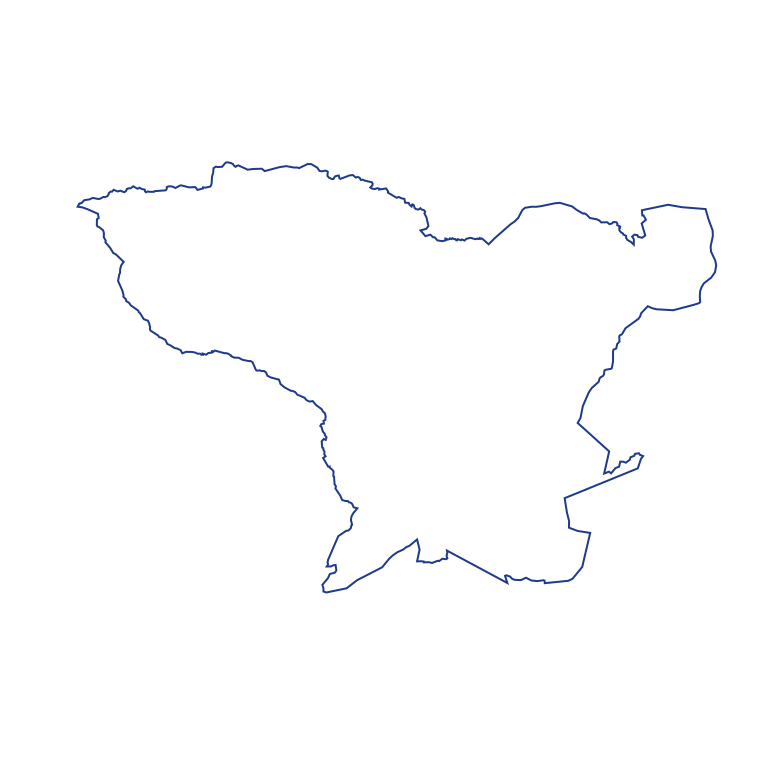 San Gabriel Chilac, Puebla, Mexico, rotated 95°
{"feature_id": "50627088B95870505229303", "entity_name": "San Gabriel Chilac", "entity_type": "district", "adm_level": 2, "iso_a3": "MEX", "parent_name": "Mexico", "parent_adm1": "Puebla", "projection": "natural_earth1", "projection_center": [-97.386, 18.312], "detail": "fine", "context": "isolated", "style": "outline", "palette": "blue", "viewbox_px": 768, "rotation_deg": 95, "n_neighbors": 0, "source": "geoboundaries", "source_scale": "gbopen_adm2", "svg_char_len": 6148}
<svg xmlns="http://www.w3.org/2000/svg" viewBox="0 0 768 768"><g transform="rotate(95 384 384)"><path d="M549.0,170.6L514.4,165.6L513.5,178.3L511.0,187.2L504.3,187.7L496.3,190.5L482.0,194.1L445.9,123.8L436.2,121.5L433.2,119.6L432.2,123.0L430.8,124.0L431.7,127.8L433.8,128.5L435.5,132.1L437.9,132.4L441.3,136.2L440.5,139.1L440.8,141.9L445.9,142.6L447.5,146.0L453.2,150.0L451.7,152.2L454.0,156.9L431.5,153.8L405.9,187.7L400.7,185.3L388.7,184.0L374.3,179.2L369.8,176.6L363.1,170.3L360.3,169.9L358.7,169.1L356.9,166.6L355.3,165.7L351.4,165.6L350.6,164.7L349.1,159.2L348.3,158.4L341.5,157.8L331.5,158.7L329.8,158.4L328.3,155.7L323.9,155.2L321.2,153.1L315.9,153.8L315.1,153.4L313.7,151.3L307.3,148.2L296.8,136.1L294.3,134.7L291.3,134.1L283.5,128.0L285.1,123.5L285.8,119.0L285.3,102.3L278.2,82.5L276.0,77.2L274.9,76.2L268.7,77.1L263.7,77.1L260.2,76.2L255.9,74.2L249.5,67.3L243.7,64.0L236.9,63.4L232.1,64.8L223.5,69.8L218.5,70.6L207.8,69.3L202.4,70.0L191.6,75.1L181.7,78.9L181.9,102.3L180.7,116.6L188.4,142.2L193.6,141.4L193.5,140.1L197.6,137.4L201.6,141.3L213.3,136.7L215.8,139.6L215.3,143.6L213.6,144.5L213.4,147.6L215.6,149.7L218.0,147.7L223.4,147.3L220.9,150.5L219.3,154.0L217.5,155.5L215.3,155.7L214.3,158.6L213.4,158.9L212.1,161.3L210.4,162.9L208.1,163.2L207.9,162.5L206.6,162.4L205.5,165.5L203.9,165.5L202.6,166.5L202.7,169.7L204.2,170.8L205.1,173.4L203.4,175.7L204.1,181.7L202.3,183.8L201.4,186.4L200.7,193.3L197.2,197.5L196.5,199.5L196.9,200.5L193.7,207.4L190.7,212.1L188.2,224.6L189.1,229.6L193.1,242.9L194.2,247.8L194.5,252.2L196.2,258.9L198.7,261.4L206.9,264.8L210.7,268.0L213.9,271.9L229.3,286.6L235.7,291.9L230.7,298.8L230.4,299.9L231.0,300.3L230.4,301.5L231.1,301.7L231.4,303.0L231.0,303.6L231.8,305.7L230.8,310.6L232.2,314.6L234.1,316.3L233.2,319.0L234.1,319.9L233.3,323.1L234.5,323.6L234.6,324.5L233.4,325.4L233.6,326.6L232.8,328.5L233.7,329.4L233.2,331.0L234.0,331.3L234.7,333.6L234.0,334.1L233.8,335.5L235.6,335.2L236.6,338.3L236.3,343.3L233.4,346.3L233.6,347.8L231.2,350.9L233.1,355.6L227.8,361.0L225.7,355.4L222.7,353.5L214.4,356.2L210.5,358.6L208.7,358.0L207.3,359.4L206.9,361.8L205.7,363.1L207.2,364.8L207.0,367.4L206.1,368.7L203.2,370.0L202.6,370.9L202.6,371.5L204.8,372.0L203.2,374.2L201.5,375.2L201.5,378.8L197.8,379.8L197.6,382.3L196.4,385.7L197.4,387.6L193.0,396.8L191.8,396.7L189.0,398.9L190.7,405.7L189.9,405.7L189.5,407.8L190.6,410.1L190.4,412.9L189.4,414.8L187.1,412.8L185.4,412.8L184.1,413.6L183.1,420.9L182.3,422.8L182.7,425.0L180.8,426.1L180.0,428.3L180.8,430.1L178.6,433.2L179.1,436.3L183.4,445.2L183.1,446.2L180.3,447.2L180.4,448.2L181.5,451.0L184.2,452.3L184.3,453.8L183.3,456.7L181.6,458.5L177.5,458.5L176.8,459.6L176.6,461.3L177.5,464.2L177.4,466.8L174.3,469.3L171.3,475.6L171.5,479.2L176.4,487.5L175.9,488.7L176.2,492.4L175.5,500.4L177.0,506.8L182.3,521.4L180.2,524.4L181.2,533.3L182.4,538.4L178.9,548.2L179.7,550.0L180.6,550.7L179.7,552.4L178.1,553.5L177.2,555.9L176.8,559.2L177.0,560.5L178.0,561.6L181.7,564.2L182.4,568.7L182.1,570.4L183.8,572.6L188.5,572.6L192.3,573.4L198.9,573.2L201.3,573.6L202.5,574.4L204.0,579.1L203.9,581.5L205.0,581.5L206.9,586.7L204.3,589.2L205.1,595.4L203.8,603.1L204.1,604.6L206.9,608.8L205.7,612.1L205.8,615.5L206.7,617.5L208.9,617.5L210.1,618.4L211.9,629.4L212.6,629.9L213.0,634.6L212.7,636.0L213.8,637.7L213.0,638.8L211.2,639.3L210.9,642.2L209.8,644.7L211.0,646.4L208.9,651.1L211.2,653.5L211.4,655.9L212.1,657.1L214.1,657.7L215.6,659.4L214.4,663.6L215.4,666.0L214.1,670.2L216.1,671.7L216.1,673.1L218.0,674.9L219.0,674.8L221.1,676.0L222.2,678.4L222.1,679.8L224.3,683.2L224.6,684.9L224.0,690.3L225.8,693.6L227.0,698.6L230.1,701.0L230.6,702.9L231.3,703.0L231.4,703.6L234.1,704.6L234.3,700.1L235.6,694.9L239.4,683.8L243.6,682.7L244.9,684.3L250.9,683.9L252.1,683.1L252.5,681.5L255.4,677.2L258.0,676.2L262.3,675.9L265.4,673.7L267.1,673.9L272.1,668.8L277.2,665.0L278.1,662.6L285.0,654.0L288.6,656.1L292.2,656.8L296.6,656.7L297.9,657.3L304.5,657.9L314.1,652.6L318.2,651.2L319.7,651.3L322.3,648.3L323.9,648.0L325.3,645.1L327.7,643.2L332.3,635.2L333.7,634.6L334.8,633.1L340.4,628.9L341.5,624.7L344.1,623.2L348.3,621.9L349.5,622.1L351.2,621.2L355.3,613.3L356.9,612.0L357.3,609.7L359.2,605.6L363.0,603.4L363.8,600.8L366.5,595.7L366.6,593.6L368.0,589.6L371.0,587.6L369.2,584.0L368.8,577.6L369.2,574.6L370.1,572.2L369.8,570.0L370.7,568.6L370.7,567.1L369.5,567.3L370.3,563.8L368.5,561.7L367.6,557.7L367.1,557.2L366.9,558.3L366.2,558.2L366.3,556.3L365.4,555.5L367.3,545.4L367.0,544.3L367.4,541.9L369.0,538.8L369.6,538.7L370.8,535.3L370.5,531.1L372.2,527.1L373.0,520.5L372.7,519.1L373.7,516.9L381.2,512.8L381.8,511.6L381.2,508.9L381.8,507.2L381.5,504.7L382.8,502.5L385.9,500.9L387.4,497.2L388.8,489.0L393.2,487.0L396.0,482.8L398.9,476.2L398.8,474.7L399.8,471.7L402.2,469.4L404.7,461.8L406.5,460.2L407.4,458.5L408.0,456.4L407.2,453.6L410.8,449.9L414.6,443.8L416.5,442.7L418.3,440.3L421.3,439.3L425.0,439.4L425.8,441.0L428.7,440.5L429.4,442.9L431.4,443.8L432.2,442.6L436.8,440.7L438.6,438.8L440.2,438.3L442.1,436.6L444.8,437.2L444.0,439.2L446.5,441.1L452.7,440.0L453.2,438.9L454.8,438.6L456.5,437.4L459.2,437.4L461.1,435.9L463.0,438.2L471.2,432.4L471.0,430.8L472.1,430.7L474.0,427.9L475.6,426.6L480.1,426.5L480.6,425.7L488.2,424.5L490.0,423.0L492.3,423.3L499.1,417.8L503.2,415.6L503.9,412.1L503.7,409.9L504.8,408.7L505.2,406.7L506.3,405.2L509.5,403.5L510.1,399.7L515.6,403.5L518.7,404.8L522.3,405.1L527.0,403.5L527.7,404.2L530.3,404.4L533.0,406.6L533.7,409.1L539.6,416.3L564.4,424.5L567.3,424.6L568.4,423.9L570.8,425.1L570.4,421.0L569.0,418.7L568.5,416.5L573.8,415.2L576.2,416.4L578.0,421.4L582.3,422.9L589.5,427.9L592.5,426.6L596.0,426.2L596.7,423.2L590.8,403.5L581.8,393.7L566.7,369.8L557.6,363.6L554.2,360.5L550.5,356.2L547.3,350.5L544.6,347.7L543.0,344.6L536.0,337.5L545.9,334.1L557.8,335.6L557.3,331.3L557.4,328.9L558.2,328.8L557.6,323.8L558.1,320.6L555.4,315.0L555.6,313.6L553.0,310.7L553.1,306.8L552.2,305.7L549.6,306.7L546.2,306.2L544.5,306.7L571.5,243.8L564.6,246.7L563.9,245.4L564.9,241.5L566.9,239.4L567.7,236.8L567.4,230.4L564.6,225.7L566.9,220.0L567.0,214.2L565.6,208.0L565.9,206.9L568.4,206.5L564.0,183.3L561.6,179.2L549.0,170.6Z" fill="none" stroke="#1e3a8a" stroke-width="2"/></g></svg>